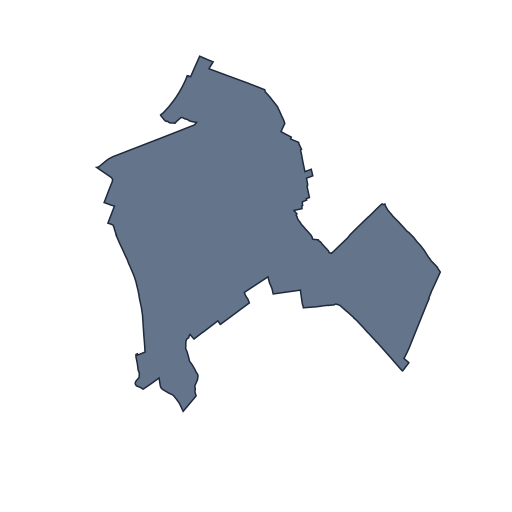 the district of Castelu, Constanta, Romania, rotated 109°
{"feature_id": "2599482B70858783646654", "entity_name": "Castelu", "entity_type": "district", "adm_level": 2, "iso_a3": "ROU", "parent_name": "Romania", "parent_adm1": "Constanta", "projection": "natural_earth1", "projection_center": [28.385, 44.29], "detail": "fine", "context": "isolated", "style": "filled", "palette": "slate", "viewbox_px": 512, "rotation_deg": 109, "n_neighbors": 0, "source": "geoboundaries", "source_scale": "gbopen_adm2", "svg_char_len": 5848}
<svg xmlns="http://www.w3.org/2000/svg" viewBox="0 0 512 512"><g transform="rotate(109 256 256)"><path d="M95.9,301.9L95.9,302.0L95.9,303.0L95.4,314.2L95.3,319.1L95.1,319.5L95.1,320.0L95.2,320.4L95.0,328.9L94.7,343.9L94.3,361.1L94.2,361.4L93.9,361.3L93.7,361.2L93.2,361.2L92.4,361.1L86.4,359.7L86.4,360.4L86.3,361.7L86.1,365.7L85.8,369.1L85.5,373.2L85.4,374.3L98.0,375.4L107.8,376.2L107.7,378.6L108.1,378.7L107.9,379.0L107.9,379.7L109.4,379.8L110.5,379.8L112.6,379.9L116.0,380.3L118.6,380.6L121.0,381.0L127.0,382.1L132.0,383.3L135.9,384.5L143.8,387.2L150.8,390.3L153.7,392.2L154.4,391.5L157.4,386.7L157.9,385.3L157.8,384.8L157.9,384.5L157.4,383.4L157.9,382.3L158.2,380.7L157.3,377.9L157.0,377.1L157.1,376.5L156.5,375.5L155.7,375.4L155.3,375.3L154.6,374.8L153.8,374.5L152.0,373.4L150.1,372.4L149.4,371.7L149.1,370.5L149.2,369.3L149.4,368.6L149.5,367.9L149.2,365.5L149.3,364.9L149.8,363.6L149.9,362.6L149.7,359.7L149.1,356.2L149.0,355.8L150.4,356.1L151.2,356.5L152.4,357.2L152.6,357.4L155.5,360.9L165.8,372.9L176.9,386.0L208.2,423.1L210.1,425.0L212.7,427.3L215.2,429.0L222.0,433.1L221.9,433.1L222.6,433.5L223.2,434.2L223.8,434.9L224.1,435.5L224.8,433.2L225.4,431.0L226.6,426.6L228.3,420.4L228.9,418.3L230.4,416.4L232.9,416.1L235.5,416.3L240.0,416.5L254.9,417.0L254.9,416.9L255.0,411.6L255.1,409.1L254.9,407.0L254.9,406.1L272.3,406.7L273.2,406.7L273.1,403.8L273.2,402.7L273.4,401.1L275.0,399.8L275.8,399.1L276.8,398.6L277.3,398.2L279.4,396.6L280.4,395.8L281.1,395.3L281.5,394.9L281.7,395.2L288.6,388.9L293.4,384.2L296.8,381.0L297.3,380.5L298.1,379.8L300.3,377.6L301.0,376.9L302.6,375.5L304.3,374.2L304.7,373.9L306.1,372.4L311.9,367.2L314.7,364.7L319.5,361.1L322.7,359.1L326.4,356.7L330.1,354.5L333.9,352.5L342.2,347.5L349.4,343.8L349.5,343.8L368.3,335.9L374.4,333.2L381.4,330.3L381.7,330.2L382.9,329.6L388.3,335.7L388.3,335.8L387.1,336.3L387.8,337.1L388.1,337.4L388.5,337.4L390.8,336.5L395.8,333.5L402.4,330.2L404.7,328.2L408.6,327.1L409.4,327.2L410.3,327.5L411.9,328.2L413.6,328.8L414.2,328.9L414.6,328.9L415.5,328.8L416.2,328.5L417.0,327.8L417.4,327.3L417.7,326.6L417.8,326.0L417.9,322.9L418.2,321.2L418.7,319.4L413.1,315.2L408.3,311.7L408.2,311.7L402.9,307.9L404.3,307.2L408.1,305.2L410.3,304.0L411.4,303.0L412.0,302.2L412.3,301.4L412.7,300.3L413.3,297.3L414.0,294.1L414.2,292.0L414.4,289.8L414.9,288.5L416.6,285.7L418.3,283.2L419.4,281.6L420.8,279.9L426.6,274.3L407.9,267.1L407.4,267.3L406.5,268.0L405.6,268.6L404.6,269.4L403.6,269.7L402.3,269.9L401.0,270.3L400.1,270.9L399.2,271.4L398.0,271.5L396.8,271.4L392.0,271.0L389.7,271.5L388.3,271.8L387.3,272.3L385.9,273.9L385.2,274.9L382.8,277.2L381.8,278.4L379.8,280.7L378.1,283.1L377.5,284.1L376.8,284.8L373.9,286.6L371.9,288.0L370.4,289.0L369.1,289.9L367.1,291.8L366.2,292.5L364.7,292.8L363.0,293.4L361.9,293.8L360.4,294.2L359.0,294.5L357.5,294.4L356.8,294.3L356.4,294.0L355.8,293.4L355.2,293.0L353.0,293.2L352.1,293.1L351.6,292.7L352.2,291.9L354.7,287.6L345.5,281.6L345.5,281.4L330.0,271.1L329.7,270.9L332.3,267.6L332.3,267.4L302.5,247.0L302.3,247.2L300.5,248.7L299.1,250.0L298.0,251.6L295.9,253.9L294.1,255.1L271.8,237.9L275.2,235.7L277.1,234.4L279.0,232.6L281.9,230.1L286.3,227.4L273.8,202.9L274.1,202.8L274.7,202.5L284.9,197.3L286.1,196.6L287.2,195.9L288.1,195.2L289.6,194.3L289.4,193.9L289.0,193.1L288.0,190.8L284.5,182.7L283.0,179.6L281.1,176.0L280.3,174.2L279.1,171.9L279.3,171.7L276.8,166.3L276.7,166.3L275.4,164.9L275.4,164.2L275.3,161.7L275.3,160.8L278.7,152.6L279.3,150.8L279.9,149.4L281.0,146.9L281.8,144.9L282.2,143.9L282.9,143.3L283.0,142.8L284.0,140.2L284.4,139.4L285.8,136.8L286.2,136.1L288.2,132.2L289.4,130.0L290.5,128.2L290.9,127.4L291.4,126.4L291.8,126.0L291.9,125.7L292.5,124.2L295.7,118.3L297.2,115.5L298.0,114.3L298.0,114.2L297.9,114.1L298.2,113.5L301.5,107.5L303.0,104.9L305.1,101.2L308.8,94.6L310.7,91.4L314.1,85.4L314.4,84.9L315.5,83.0L317.0,80.2L316.8,79.9L307.2,76.7L307.0,76.8L305.5,80.8L304.7,82.7L299.1,81.9L293.6,81.3L257.9,79.5L252.3,79.2L248.1,79.0L245.0,78.8L241.6,78.6L239.9,78.4L239.6,78.7L239.5,78.9L234.2,78.6L233.0,78.6L232.3,78.6L227.9,78.1L225.6,77.9L223.9,77.7L211.2,76.5L209.9,78.1L208.8,79.8L207.6,80.8L204.2,87.4L203.8,88.5L203.5,88.9L201.9,90.9L200.5,93.2L199.9,93.8L199.1,94.8L198.0,96.2L196.1,98.5L194.8,100.4L193.9,101.8L192.7,103.6L192.5,103.9L189.7,109.2L189.3,109.6L189.0,110.1L187.1,112.9L185.8,115.6L184.2,118.7L183.3,121.5L182.3,123.3L181.5,124.6L179.8,127.8L177.3,132.4L176.6,133.8L175.3,136.6L173.5,140.1L172.4,141.6L171.7,143.1L170.9,144.3L169.5,146.5L167.0,149.4L164.9,151.1L165.7,151.8L165.9,152.4L165.6,153.3L165.8,153.8L166.1,154.1L169.3,155.8L172.6,157.5L178.4,160.3L182.1,162.2L182.2,162.4L196.9,169.9L205.3,174.0L207.7,174.8L208.4,175.0L209.1,175.3L224.3,183.1L224.6,183.2L228.1,185.1L228.8,185.4L228.6,185.7L229.0,186.3L228.9,188.1L228.5,188.3L227.5,189.3L226.3,191.4L225.1,193.8L223.2,197.3L221.9,199.1L221.8,199.5L221.4,200.5L221.1,201.9L220.4,202.3L221.7,207.9L221.2,208.3L219.7,209.2L218.2,211.0L216.9,213.4L215.1,216.6L214.3,218.2L212.7,220.8L211.4,223.3L209.6,225.5L208.2,227.7L206.7,229.3L205.4,230.0L204.5,231.2L204.0,231.3L202.9,231.0L200.6,234.9L200.4,234.7L196.3,227.9L194.0,228.9L193.2,228.3L190.0,229.8L188.6,228.6L186.7,226.3L185.4,227.1L183.3,224.5L173.4,230.5L173.1,230.4L172.8,230.2L172.6,230.1L171.0,230.7L170.0,231.3L168.1,232.4L166.1,233.6L165.8,233.3L161.7,228.4L156.0,232.0L160.3,237.2L160.1,237.3L155.6,240.0L151.6,242.4L146.6,245.2L141.2,248.4L140.3,247.7L135.7,252.2L134.7,252.6L134.1,261.4L132.1,261.3L131.2,267.1L130.3,272.8L127.5,272.6L123.0,272.1L121.5,271.9L121.2,272.0L120.4,272.6L120.1,272.9L119.4,273.3L116.5,276.0L115.3,277.3L113.7,278.7L110.2,282.0L109.4,282.9L108.5,283.6L108.0,284.1L106.7,286.0L102.9,292.0L102.2,292.9L101.9,293.5L101.0,294.8L100.2,296.4L99.1,298.1L99.0,298.6L98.0,300.2L97.8,300.8L97.5,301.0L96.5,301.5L95.9,301.9Z" fill="#64748b" stroke="#1e293b" stroke-width="1.5"/></g></svg>